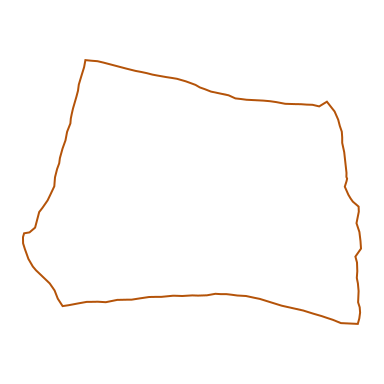 outline of Huth, Amran, Yemen
{"feature_id": "15242507B35105243625630", "entity_name": "Huth", "entity_type": "district", "adm_level": 2, "iso_a3": "YEM", "parent_name": "Yemen", "parent_adm1": "Amran", "projection": "mercator", "projection_center": [43.982, 16.275], "detail": "fine", "context": "isolated", "style": "outline", "palette": "amber", "viewbox_px": 384, "rotation_deg": 0, "n_neighbors": 0, "source": "geoboundaries", "source_scale": "gbopen_adm2", "svg_char_len": 1766}
<svg xmlns="http://www.w3.org/2000/svg" viewBox="0 0 384 384"><path d="M85.4,60.1L84.1,67.2L81.5,75.6L78.8,84.6L78.0,90.7L76.4,96.8L73.0,108.5L71.8,113.7L70.8,118.6L70.4,123.4L67.1,131.8L65.5,140.3L62.5,148.7L59.9,158.1L59.2,163.3L57.1,169.0L55.0,177.3L54.3,186.3L50.3,194.8L47.6,200.4L42.4,207.9L39.2,212.0L35.1,227.6L29.5,232.4L24.1,233.3L23.0,237.1L23.0,238.6L23.1,243.4L24.9,249.1L26.7,254.1L28.4,258.9L32.8,266.5L36.0,270.3L49.7,283.4L54.6,290.5L57.8,298.7L62.6,306.1L68.7,305.2L77.7,303.5L86.6,301.9L95.1,301.8L97.4,301.7L105.8,302.2L117.2,299.9L126.3,299.7L131.4,299.7L139.7,298.4L149.1,297.0L154.5,296.9L159.0,296.9L161.0,296.9L173.2,295.7L176.8,295.8L182.2,296.0L192.3,295.4L198.1,295.6L207.0,295.3L215.4,293.8L220.3,294.1L226.0,294.1L228.8,294.4L232.1,294.8L237.2,295.5L246.0,296.0L254.4,297.8L259.8,298.9L281.7,305.7L303.6,310.6L304.1,310.8L313.4,313.7L321.7,316.1L326.7,317.8L332.8,319.8L340.9,323.1L357.8,323.9L359.3,318.4L360.1,312.6L359.7,307.3L358.1,302.3L358.6,291.1L357.9,283.4L356.8,277.9L357.3,271.3L357.0,262.5L355.4,256.6L361.0,248.6L360.5,241.1L359.4,232.0L356.5,223.2L358.8,211.7L358.6,206.6L352.8,201.6L350.6,198.5L348.4,194.8L344.8,186.7L346.5,181.3L347.1,178.7L346.4,176.9L346.5,172.9L344.2,152.1L342.2,142.9L342.2,137.4L341.8,131.7L339.8,125.9L338.2,119.7L334.6,111.5L326.9,101.7L319.2,106.4L312.5,104.8L306.5,104.6L301.0,104.2L295.0,104.1L285.2,103.8L276.3,102.1L270.0,101.2L263.2,100.6L257.4,100.3L247.5,99.8L246.9,99.8L240.8,99.0L235.4,98.4L228.6,95.3L211.0,91.6L204.9,89.2L199.8,87.4L195.5,84.9L190.4,83.0L185.7,81.3L177.0,78.8L171.6,77.9L166.3,77.1L157.2,75.5L152.4,74.6L147.0,73.2L141.4,72.0L135.5,70.9L126.3,68.6L116.8,66.1L111.9,64.8L103.5,62.6L97.5,61.2L91.2,60.7L85.4,60.1Z" fill="none" stroke="#b45309" stroke-width="2"/></svg>